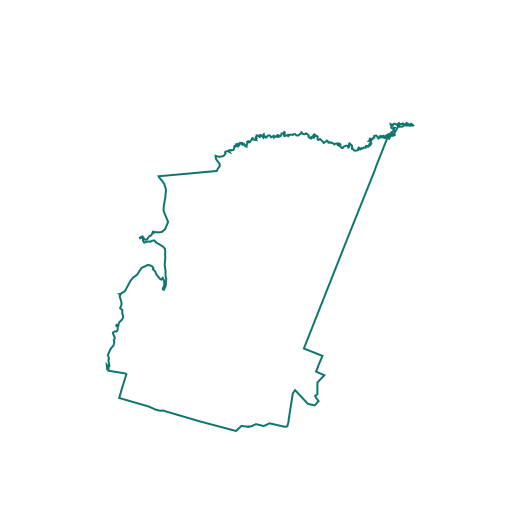 Ķūļciema pag., Talsi, Latvia, rotated 208°
{"feature_id": "27541924B13857395207606", "entity_name": "Ķūļciema pag.", "entity_type": "district", "adm_level": 2, "iso_a3": "LVA", "parent_name": "Latvia", "parent_adm1": "Talsi", "projection": "mercator", "projection_center": [23.02, 57.24], "detail": "fine", "context": "isolated", "style": "outline", "palette": "teal", "viewbox_px": 512, "rotation_deg": 208, "n_neighbors": 0, "source": "geoboundaries", "source_scale": "gbopen_adm2", "svg_char_len": 6134}
<svg xmlns="http://www.w3.org/2000/svg" viewBox="0 0 512 512"><g transform="rotate(208 256 256)"><path d="M186.6,440.8L178.7,444.7L178.5,445.2L181.2,445.6L181.9,444.5L182.1,443.8L182.0,443.2L182.9,443.2L184.4,444.3L184.9,443.9L185.6,444.0L185.5,443.3L186.0,442.5L186.1,441.7L188.3,442.0L188.4,441.6L189.0,441.6L189.3,440.8L190.5,440.4L191.2,439.5L190.8,438.6L190.9,438.3L191.2,438.3L192.0,439.1L191.6,439.9L192.2,440.4L192.7,439.4L192.0,438.1L192.4,437.8L195.1,438.1L196.6,437.2L196.6,435.8L199.1,435.6L198.7,435.1L196.9,434.4L197.1,433.7L197.1,433.1L196.5,432.6L195.2,432.6L194.7,433.0L194.6,434.0L193.7,434.2L194.0,432.7L193.8,432.0L192.7,431.7L194.1,429.5L193.7,428.6L192.4,428.2L192.1,427.7L193.1,427.1L194.7,428.0L194.8,427.5L193.8,425.8L194.2,425.4L195.4,425.5L195.1,424.7L195.9,424.9L196.3,425.6L196.6,425.2L196.4,424.3L195.2,423.9L194.9,423.2L195.6,423.1L197.3,424.0L198.2,422.6L197.5,422.5L197.0,421.8L197.3,421.1L200.0,421.9L200.8,421.0L199.6,420.3L200.7,420.1L201.2,419.4L201.7,419.6L202.1,420.5L202.6,420.4L202.5,419.6L202.2,418.9L202.9,418.1L202.8,417.5L203.0,417.2L204.0,417.6L203.9,418.1L204.1,418.2L206.4,418.8L208.0,417.6L208.0,417.3L207.1,416.0L208.0,415.2L208.1,414.6L208.0,413.5L208.4,413.0L209.6,413.4L210.5,413.1L210.4,412.2L209.9,411.6L210.2,410.7L208.5,411.6L208.0,410.9L208.2,410.0L207.0,409.4L207.1,408.0L207.9,408.4L208.5,407.8L208.0,406.5L208.0,405.3L208.7,404.9L209.8,405.4L210.4,405.0L210.6,404.2L210.1,403.0L211.6,402.6L212.4,400.8L213.5,400.8L213.7,399.3L213.9,399.0L214.4,398.9L215.3,399.9L216.2,400.0L216.2,398.8L215.6,397.5L217.6,395.6L218.8,395.3L220.1,395.9L221.3,395.6L221.8,396.0L221.8,396.7L222.3,396.8L222.8,398.2L223.5,398.7L226.4,399.3L226.4,398.3L225.3,397.3L225.1,395.7L225.2,395.2L225.6,395.1L226.4,396.3L228.0,395.9L230.0,393.6L230.1,392.1L230.7,391.8L232.1,391.8L233.4,392.7L234.1,392.4L234.3,392.6L233.6,393.5L233.6,393.8L233.9,394.2L234.7,394.3L234.8,394.0L234.5,393.0L235.0,392.4L235.8,392.2L236.2,392.8L235.8,393.2L235.7,394.0L236.0,394.2L238.9,392.2L239.2,391.3L242.0,391.8L242.7,391.1L244.2,391.3L244.8,390.2L245.2,390.0L246.6,391.0L247.5,391.2L249.3,387.6L250.9,388.4L254.4,389.4L255.2,387.8L255.8,387.7L256.5,388.0L257.6,390.3L258.5,390.5L259.3,389.9L260.0,390.0L260.2,390.6L261.5,390.8L262.0,390.0L261.5,388.8L261.7,388.5L260.5,388.1L260.4,387.6L260.9,387.3L262.4,387.9L263.0,387.0L262.4,386.3L262.6,385.5L264.9,385.6L265.7,386.0L265.8,386.8L266.0,387.1L268.9,387.9L269.6,387.6L269.7,386.7L270.9,386.0L273.2,385.6L273.2,386.1L273.5,386.6L274.0,386.6L273.8,385.4L275.4,382.1L277.0,381.5L278.7,382.0L280.3,380.9L280.3,380.2L282.3,379.5L283.5,378.4L284.6,378.2L284.7,377.6L284.1,377.1L286.2,376.6L286.9,375.3L287.8,375.4L288.1,376.3L288.4,378.2L288.6,378.6L289.3,378.7L289.6,376.8L290.9,376.2L290.4,373.9L290.6,373.3L293.6,373.0L293.9,372.3L292.5,371.5L293.5,371.1L294.1,371.5L294.9,370.6L295.6,369.1L296.4,370.5L296.8,370.6L297.9,368.4L298.4,367.9L299.8,368.7L301.1,368.7L301.8,368.1L302.1,366.8L303.5,365.9L302.8,365.3L303.3,365.0L304.8,365.6L306.3,367.2L306.5,366.5L305.9,365.3L305.5,365.2L305.2,364.0L307.6,365.0L307.9,364.8L307.9,364.1L308.6,362.8L308.9,362.9L308.8,363.6L309.2,364.6L309.6,364.3L309.8,363.6L310.4,362.9L311.7,363.1L312.1,362.8L311.7,362.2L312.0,360.9L311.9,360.3L310.7,360.2L311.0,359.3L310.1,358.5L312.7,357.7L313.9,357.7L314.3,358.4L314.7,357.9L314.4,357.1L314.4,356.2L314.9,355.1L314.9,353.8L315.1,353.4L315.7,353.0L316.7,353.7L317.3,353.0L317.4,352.5L316.3,350.7L316.3,349.3L315.7,348.1L317.2,348.0L319.0,349.4L319.9,347.9L321.3,348.3L320.9,349.0L321.2,349.4L323.3,348.4L323.2,347.4L322.7,346.5L322.8,345.9L323.5,345.6L323.7,346.4L324.7,346.6L326.0,345.2L323.8,344.2L326.5,343.1L326.6,342.9L325.8,342.7L326.1,341.2L325.8,340.4L325.7,339.0L326.5,338.5L327.0,337.8L327.7,337.9L329.5,336.6L329.5,336.1L328.2,335.4L330.3,335.3L332.0,333.8L332.0,333.1L331.1,332.3L331.1,331.6L331.4,329.8L332.1,328.6L334.9,326.3L338.7,325.4L336.9,322.9L331.1,320.0L330.2,318.1L330.7,315.1L330.5,312.7L379.4,280.7L378.5,279.9L374.5,278.4L370.8,276.5L367.4,273.2L366.2,271.6L364.7,267.6L363.7,265.6L361.1,257.4L359.6,253.9L358.2,251.9L349.7,244.9L349.5,244.1L348.9,237.0L350.3,233.2L352.5,231.4L356.0,229.9L357.3,228.3L358.0,229.4L358.4,229.1L358.4,228.1L358.1,227.6L358.2,225.1L359.6,223.1L359.9,220.3L360.7,218.7L362.3,218.3L365.3,220.0L365.7,219.9L367.1,217.7L366.6,217.3L365.3,218.9L364.8,219.0L364.3,218.8L363.2,216.8L361.3,215.4L360.7,215.5L359.3,217.1L357.3,218.6L356.2,218.8L354.7,220.9L353.0,222.0L350.3,221.0L342.7,220.7L340.0,219.7L338.4,217.7L336.6,213.9L335.4,212.2L332.5,205.3L329.1,200.7L326.5,195.9L324.4,193.5L322.7,189.3L322.1,188.6L321.5,185.6L321.6,182.9L322.7,182.9L323.1,184.2L323.1,186.5L324.4,189.3L325.8,191.2L327.5,192.6L328.1,192.9L328.4,190.7L330.2,190.8L334.8,192.7L337.9,195.1L340.9,195.9L340.9,197.1L342.5,198.0L345.1,198.1L347.6,197.1L348.7,195.2L351.2,192.3L351.6,190.6L352.2,184.1L352.5,182.9L354.3,179.6L355.2,175.3L355.2,163.7L357.4,159.5L358.2,158.8L357.6,158.9L357.5,157.7L358.0,157.7L357.2,156.1L353.3,152.2L352.1,150.3L351.7,148.5L351.5,146.2L348.5,145.4L347.2,142.5L345.5,141.1L344.6,139.5L344.4,137.1L345.5,133.6L345.6,132.4L344.9,129.9L346.7,129.8L346.7,128.8L345.0,128.8L343.6,126.1L343.4,124.6L343.9,123.7L345.6,122.9L346.2,121.6L346.1,120.5L342.6,117.9L342.0,116.8L342.1,115.2L341.9,114.7L340.7,113.6L340.5,112.9L339.8,110.0L340.6,106.6L340.7,104.5L340.3,99.0L337.7,96.5L337.5,94.8L333.7,90.0L334.4,89.0L336.7,89.9L334.4,86.4L333.5,87.6L332.5,85.4L316.4,90.9L314.9,90.7L312.3,76.7L310.1,66.4L280.3,72.7L272.3,73.3L267.9,74.4L265.8,75.8L227.5,83.7L191.5,92.1L189.1,99.1L182.4,101.6L182.5,101.9L182.0,101.9L179.9,103.9L177.1,107.5L169.3,109.5L165.5,114.6L151.2,118.5L149.3,119.4L148.4,120.4L149.4,124.7L151.2,129.1L151.0,129.6L151.5,130.2L159.0,151.9L158.5,155.9L140.7,149.8L134.0,151.7L132.6,157.2L136.0,158.8L138.1,160.2L136.9,162.8L142.4,173.1L139.7,182.8L148.7,182.1L149.2,187.1L149.4,187.3L150.4,199.0L170.3,196.8L183.5,314.4L191.4,387.7L192.0,391.1L195.5,422.4L193.5,422.1L193.5,425.5L192.0,426.0L190.3,427.9L191.7,430.4L191.3,432.6L191.4,436.6L187.3,439.1L186.6,440.8Z" fill="none" stroke="#0f766e" stroke-width="2"/></g></svg>